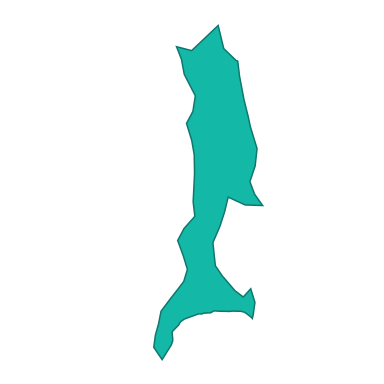 the district of Palaichori Oreinis, Nicosia, Cyprus, rotated 343°
{"feature_id": "46923920B93188189979448", "entity_name": "Palaichori Oreinis", "entity_type": "district", "adm_level": 2, "iso_a3": "CYP", "parent_name": "Cyprus", "parent_adm1": "Nicosia", "projection": "equal_earth", "projection_center": [33.105, 34.937], "detail": "fine", "context": "isolated", "style": "filled", "palette": "teal", "viewbox_px": 384, "rotation_deg": 343, "n_neighbors": 0, "source": "geoboundaries", "source_scale": "gbopen_adm2", "svg_char_len": 1096}
<svg xmlns="http://www.w3.org/2000/svg" viewBox="0 0 384 384"><g transform="rotate(343 192 192)"><path d="M219.7,48.5L220.7,62.0L219.0,77.2L220.7,86.7L223.3,101.0L216.4,115.2L206.8,124.8L206.8,142.8L205.0,157.1L199.8,175.2L190.2,201.8L187.6,216.1L173.7,224.6L164.1,234.2L165.0,250.3L165.0,264.6L158.0,275.1L150.1,280.8L140.5,287.5L127.5,297.0L121.4,308.4L115.3,317.9L110.0,329.3L114.4,343.6L127.5,332.2L130.0,328.9L130.7,326.5L132.0,320.0L134.5,318.5L140.4,315.3L142.9,312.9L147.4,311.3L154.2,310.9L162.9,310.5L165.6,311.5L168.4,311.3L170.1,312.0L170.9,312.0L174.5,313.0L178.2,312.1L184.7,314.5L190.0,316.2L192.9,317.2L195.8,317.7L199.7,319.0L203.9,320.4L207.0,322.3L209.0,324.8L212.2,329.4L212.7,330.6L214.6,327.4L219.9,316.0L219.9,301.7L210.3,307.4L204.2,298.9L196.3,280.8L192.8,269.4L194.6,259.8L197.2,246.5L208.5,233.2L217.2,220.8L225.1,207.5L239.0,219.9L255.6,225.6L251.2,212.3L250.4,199.0L260.0,185.6L266.9,169.5L266.9,146.6L267.8,136.2L268.7,119.1L271.3,95.3L274.0,80.2L272.5,79.0L264.3,64.1L265.7,40.4L233.0,56.7L219.7,48.5Z" fill="#14b8a6" stroke="#0f766e" stroke-width="1.5"/></g></svg>